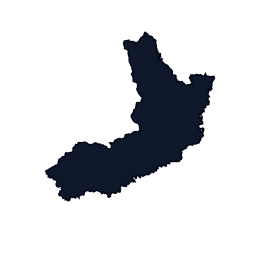 the district of Lavras do Sul, Rio Grande do Sul, Brazil, rotated 313°
{"feature_id": "56859067B93221548223155", "entity_name": "Lavras do Sul", "entity_type": "district", "adm_level": 2, "iso_a3": "BRA", "parent_name": "Brazil", "parent_adm1": "Rio Grande do Sul", "projection": "equal_earth", "projection_center": [-54.153, -30.732], "detail": "fine", "context": "isolated", "style": "filled", "palette": "ink", "viewbox_px": 256, "rotation_deg": 313, "n_neighbors": 0, "source": "geoboundaries", "source_scale": "gbopen_adm2", "svg_char_len": 5932}
<svg xmlns="http://www.w3.org/2000/svg" viewBox="0 0 256 256"><g transform="rotate(313 128 128)"><path d="M211.1,161.4L211.5,162.5L212.3,162.7L213.0,162.1L213.9,162.6L214.5,161.3L216.3,160.3L217.3,159.3L217.8,158.5L217.6,157.7L217.9,157.2L218.8,158.4L219.4,158.4L220.0,157.0L221.2,157.8L223.0,157.4L223.6,157.0L224.2,155.7L223.7,154.8L222.7,154.4L221.2,152.7L220.5,151.4L219.6,150.6L219.7,149.6L220.5,147.6L217.7,148.4L216.7,146.5L216.5,144.7L215.3,144.0L213.7,141.4L212.5,141.1L211.6,140.4L210.5,138.6L209.4,137.8L208.4,139.0L207.3,138.4L206.7,138.7L206.3,139.3L206.4,140.5L205.3,141.8L205.3,143.9L204.6,144.4L203.6,143.9L201.8,144.1L201.0,142.8L198.7,141.2L198.5,139.9L198.8,138.6L198.4,136.7L198.9,136.1L197.0,134.6L196.7,133.1L196.2,133.0L195.7,132.4L195.9,131.5L196.6,131.0L196.4,129.9L198.9,127.3L198.7,126.5L197.2,124.3L197.5,122.5L198.3,122.9L200.0,121.5L199.5,120.3L200.1,120.0L200.1,117.6L199.3,117.1L199.3,116.2L200.1,116.6L200.7,114.4L200.0,114.3L200.3,113.2L199.5,109.7L200.0,108.6L199.7,107.6L200.2,106.4L201.8,106.0L201.8,105.3L199.9,104.9L199.2,104.1L199.8,103.3L199.3,102.6L201.1,101.9L200.9,103.4L202.7,102.9L202.8,102.0L203.7,101.8L204.2,101.1L202.8,100.8L203.7,99.8L202.1,97.8L204.1,97.9L204.5,97.2L204.3,96.0L205.3,95.4L206.4,93.2L207.2,92.9L208.4,91.3L208.1,90.7L210.9,88.7L211.0,87.7L210.5,87.3L210.6,85.0L211.1,83.7L210.6,81.8L210.0,81.5L209.7,80.4L209.1,80.3L209.3,79.3L210.2,78.1L209.5,76.3L209.8,75.6L209.3,75.1L206.2,76.5L202.6,76.0L198.6,76.8L196.4,76.4L195.0,74.5L195.1,73.6L194.7,72.8L193.4,71.3L192.5,70.7L192.2,70.0L193.0,69.0L189.0,66.0L186.6,67.3L184.8,70.6L183.7,71.4L184.7,73.1L184.8,75.5L184.4,76.1L183.1,76.8L180.9,79.8L180.7,80.9L179.3,81.7L177.7,83.4L175.6,88.0L175.2,89.8L174.0,90.4L173.9,91.3L171.8,94.0L170.5,93.5L170.0,93.7L169.5,94.4L169.0,96.3L167.7,98.4L167.0,98.6L165.7,100.1L167.2,103.3L166.7,105.6L166.0,105.6L164.2,107.4L162.8,107.7L162.3,108.2L160.7,112.1L160.1,115.8L160.0,118.5L158.2,118.4L157.0,119.1L156.2,120.2L153.6,118.4L152.6,117.1L150.9,117.9L149.8,119.0L148.7,119.3L147.5,120.4L145.1,120.0L143.6,121.1L141.9,121.6L140.1,121.6L139.2,122.1L138.4,122.8L137.1,126.4L136.9,129.0L138.1,131.7L138.1,133.1L137.2,135.4L135.9,136.4L134.9,138.0L134.7,139.1L133.1,138.0L131.9,137.8L130.0,135.5L128.8,134.9L124.3,134.0L124.4,133.3L124.0,132.6L121.0,130.7L120.4,131.4L118.2,132.3L116.6,131.4L116.0,131.4L115.4,130.9L115.0,129.4L112.7,127.7L111.1,127.7L110.4,126.8L107.1,127.7L104.8,124.8L104.4,125.9L104.5,127.1L103.9,127.9L102.0,129.3L100.3,129.2L99.2,127.7L99.0,125.8L99.7,124.9L99.0,124.0L98.4,121.0L97.7,120.9L97.1,119.6L97.3,118.8L95.8,117.0L95.2,114.6L93.3,113.5L92.2,113.7L89.4,111.1L88.9,109.1L89.0,107.8L87.9,105.7L85.9,104.5L83.7,101.9L82.9,101.7L81.7,102.5L80.7,102.1L80.2,101.0L78.5,101.8L76.9,101.4L75.2,101.7L75.2,102.7L74.4,103.2L71.6,103.6L70.2,102.1L68.4,101.1L67.6,99.5L66.3,99.7L65.1,100.8L63.6,101.2L62.8,100.0L61.9,99.6L60.4,100.0L60.0,99.6L57.9,99.0L53.6,101.5L52.8,101.5L50.6,100.2L49.2,100.3L48.6,99.7L40.3,97.3L40.2,98.8L39.6,98.8L39.0,99.5L39.3,102.9L37.9,103.0L38.6,105.3L39.5,104.7L39.8,106.1L40.4,105.7L40.7,106.6L39.8,108.2L40.3,108.1L40.4,110.0L41.2,110.6L40.7,111.2L40.4,113.2L38.1,113.5L37.1,114.9L36.8,116.2L37.4,116.5L37.5,117.6L39.1,118.0L39.7,118.7L39.6,119.6L39.0,120.3L38.3,120.3L38.4,121.4L37.4,122.1L36.1,122.0L35.6,121.3L33.2,122.7L32.6,122.3L31.8,123.7L32.3,124.0L33.3,127.0L33.0,127.8L32.4,127.8L32.2,128.5L33.5,129.2L33.9,130.0L33.6,130.6L32.8,130.9L33.8,131.8L33.6,132.5L33.9,133.6L34.6,134.3L35.2,134.6L38.6,132.8L39.1,133.6L39.1,134.5L40.4,135.4L41.1,137.4L43.2,136.6L43.6,137.5L43.5,139.8L44.8,138.5L48.1,139.8L48.7,141.3L52.3,139.6L52.8,140.2L54.0,140.3L54.7,140.9L55.9,143.8L56.6,144.3L58.1,144.1L57.7,146.2L61.8,148.1L61.8,150.0L63.0,152.3L62.1,153.4L62.9,154.0L63.5,153.5L64.3,153.7L64.3,155.6L65.2,155.8L65.3,158.1L65.7,158.9L64.1,160.0L64.3,161.2L65.9,161.8L66.9,160.9L69.6,160.1L70.1,160.3L70.7,161.8L71.8,163.4L73.0,163.8L74.9,163.6L75.3,165.5L76.2,165.8L77.0,164.6L78.2,164.3L78.2,163.0L80.8,162.5L82.0,161.1L81.6,162.5L82.0,163.0L82.7,163.2L82.3,164.5L82.9,165.0L83.4,164.7L84.0,164.9L83.9,166.4L84.7,166.5L85.6,165.6L86.3,165.5L87.2,166.6L88.1,165.9L88.5,166.7L89.9,165.2L90.0,166.5L92.4,167.2L92.1,168.6L92.9,168.7L93.5,169.7L94.3,168.2L93.3,166.8L94.5,165.9L94.8,164.1L95.8,163.8L95.8,164.7L96.9,166.0L96.4,167.9L96.9,168.2L97.6,167.4L98.2,167.7L99.9,166.2L100.5,167.5L99.9,170.5L100.3,170.8L101.4,169.9L102.2,169.7L102.7,170.2L102.7,171.7L106.9,173.2L107.7,174.7L108.8,175.1L109.2,174.3L110.2,174.0L110.7,175.3L111.9,174.4L112.4,174.7L112.6,176.8L115.5,176.9L116.0,177.8L117.7,176.9L118.4,177.4L119.2,177.4L119.3,176.4L119.9,175.9L122.1,177.3L122.4,179.0L124.2,179.0L125.4,179.4L125.7,181.5L126.5,181.8L127.6,180.4L128.3,180.3L130.4,182.7L132.1,181.6L133.1,181.4L133.3,183.0L135.9,185.4L136.6,186.5L137.3,186.7L138.0,187.9L138.7,188.1L139.7,187.8L141.6,188.3L143.2,187.6L143.3,186.7L144.9,185.0L146.5,184.5L147.5,181.7L148.3,181.5L148.4,182.6L151.8,183.6L152.3,184.2L156.0,183.5L156.9,183.8L159.3,186.1L159.5,186.8L160.1,186.3L163.4,188.9L164.0,188.7L165.2,190.0L168.2,189.2L167.6,188.5L168.0,188.0L169.3,188.7L170.2,188.1L173.8,188.3L174.1,187.4L175.4,185.9L178.7,184.4L178.9,183.7L179.0,182.8L178.0,182.3L177.2,184.1L176.8,184.5L175.2,184.3L175.0,183.5L175.7,182.2L176.7,181.8L176.8,180.9L176.5,180.1L177.0,178.6L178.4,178.0L178.9,177.4L179.4,177.5L180.3,178.7L182.1,179.7L183.4,177.9L183.4,177.0L183.8,176.2L185.2,176.0L186.7,174.4L185.9,174.2L185.2,173.3L184.3,173.6L183.7,173.0L184.2,172.0L186.4,171.0L186.8,172.2L187.4,172.6L187.9,171.6L188.0,170.7L188.7,170.5L189.2,171.8L190.3,171.9L190.9,171.3L191.9,172.4L193.0,170.9L194.5,170.0L196.1,170.7L197.0,169.6L197.6,169.4L200.2,171.0L202.7,169.2L203.1,167.6L202.6,166.5L204.1,166.4L205.6,165.4L206.4,166.0L206.9,163.8L207.7,163.0L211.1,161.4ZM211.1,161.4L211.1,160.4L211.7,160.0L211.8,160.9L211.1,161.4Z" fill="#0f172a" stroke="#020617" stroke-width="1.5"/></g></svg>